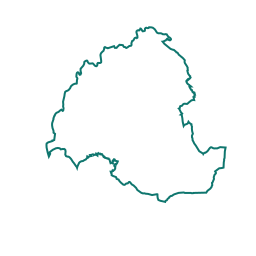 the district of Yahualica, Hidalgo, Mexico, rotated 159°
{"feature_id": "50627088B30826569642234", "entity_name": "Yahualica", "entity_type": "district", "adm_level": 2, "iso_a3": "MEX", "parent_name": "Mexico", "parent_adm1": "Hidalgo", "projection": "robinson", "projection_center": [-98.388, 20.92], "detail": "fine", "context": "isolated", "style": "outline", "palette": "teal", "viewbox_px": 256, "rotation_deg": 159, "n_neighbors": 0, "source": "geoboundaries", "source_scale": "gbopen_adm2", "svg_char_len": 5790}
<svg xmlns="http://www.w3.org/2000/svg" viewBox="0 0 256 256"><g transform="rotate(159 128 128)"><path d="M53.0,56.8L50.9,61.6L49.7,63.6L49.5,64.4L48.6,65.4L46.0,71.4L43.9,74.8L48.8,77.1L52.0,77.0L53.5,77.6L54.3,77.8L55.6,78.5L56.9,80.0L57.5,80.3L58.5,80.1L60.1,79.2L61.5,78.2L62.9,77.6L63.7,77.3L64.5,77.4L64.8,77.2L65.3,77.4L65.8,77.4L66.6,77.1L67.0,76.8L67.0,77.1L69.8,80.8L71.0,87.3L71.7,89.8L71.9,92.5L72.1,93.2L71.5,95.4L71.6,96.3L71.3,97.2L71.0,98.0L69.5,99.4L69.3,101.6L69.1,102.7L68.4,105.1L67.8,106.2L67.8,108.2L67.4,108.7L68.7,110.5L69.1,111.1L69.2,111.9L69.3,112.2L70.5,110.9L71.3,110.7L73.7,110.7L74.3,110.6L74.9,110.3L75.3,110.0L74.7,114.2L73.8,117.5L73.2,120.7L73.3,121.2L73.8,121.5L72.3,122.0L73.0,123.9L73.3,127.4L73.5,127.9L72.7,127.9L71.9,129.1L71.3,129.7L69.8,129.4L68.0,130.4L67.1,130.5L66.5,130.4L64.2,129.3L63.1,129.6L62.2,130.0L58.8,131.1L56.7,130.7L56.2,130.4L55.8,133.4L54.6,133.2L54.3,134.9L53.6,135.8L53.5,135.7L53.3,137.3L53.9,137.9L54.2,137.9L54.4,137.7L54.9,138.7L54.7,140.4L55.3,140.8L55.7,142.8L55.9,144.7L55.8,144.8L54.3,144.2L54.6,144.8L55.3,145.7L55.4,146.2L55.8,146.7L56.5,147.9L56.8,149.0L56.9,150.3L56.8,150.6L56.5,150.7L56.5,151.1L54.8,152.0L54.5,152.1L54.5,151.4L52.4,152.1L51.5,152.7L51.7,153.6L51.4,154.1L51.8,154.8L52.4,157.1L52.1,160.2L51.4,160.5L51.2,161.9L50.7,162.7L50.8,164.4L51.6,168.2L51.6,168.9L51.3,169.9L50.7,170.9L51.6,173.4L54.4,178.4L54.6,180.0L55.1,180.9L55.7,181.2L55.9,182.1L57.2,184.5L58.2,185.1L59.9,186.6L63.9,193.6L64.7,196.2L63.6,195.9L62.9,196.3L61.5,196.2L59.5,197.3L59.1,197.3L58.9,197.2L58.9,196.9L59.4,196.6L59.3,196.3L58.2,195.5L57.8,195.0L57.2,194.8L56.2,195.2L56.1,195.6L56.3,196.1L56.1,196.3L56.6,197.4L57.3,198.2L57.7,199.0L58.2,200.8L58.2,201.4L59.1,202.1L60.2,202.3L61.8,203.0L62.9,204.3L63.9,204.9L65.8,205.6L66.8,206.7L67.4,209.6L67.7,210.7L68.9,212.7L70.0,213.5L72.2,214.5L72.6,214.1L73.2,214.0L74.1,214.3L75.1,215.1L75.7,215.1L76.6,214.6L77.4,212.8L78.3,212.7L79.6,213.0L80.0,214.1L80.0,214.9L80.4,216.1L80.8,216.4L81.8,215.5L82.3,215.2L82.8,215.1L83.3,215.6L84.3,215.7L85.4,215.2L85.9,214.1L86.2,210.7L86.8,209.0L87.5,208.8L87.6,209.1L88.6,209.6L89.6,209.5L91.7,207.8L93.0,207.7L94.5,205.8L94.7,204.9L95.0,204.2L95.8,203.7L97.3,204.1L99.4,203.5L100.8,203.3L101.1,203.5L101.6,204.5L102.7,205.1L103.0,205.8L103.0,207.0L104.1,207.8L105.0,208.0L105.7,208.6L106.2,208.7L107.9,207.9L108.7,207.7L109.4,207.2L110.0,206.9L111.5,207.5L111.7,209.4L118.2,209.7L118.3,209.9L119.6,210.7L120.5,211.8L121.3,211.6L122.2,210.0L123.3,208.8L124.3,208.5L125.8,207.8L126.6,207.3L127.6,206.0L129.0,200.1L129.6,198.9L130.4,198.7L131.1,198.8L132.6,199.5L132.9,199.5L133.7,198.9L133.8,198.2L134.4,197.4L135.2,197.0L136.2,197.5L136.7,198.4L137.4,200.3L137.8,201.0L140.7,201.8L141.4,202.4L141.9,203.9L141.9,205.2L142.2,205.7L142.9,205.8L144.1,205.7L145.1,205.3L145.9,203.6L147.4,202.2L151.0,200.3L151.8,198.4L152.1,196.0L153.2,194.9L154.0,195.0L154.3,195.9L154.1,196.7L154.3,197.4L154.9,198.0L155.2,198.0L155.8,197.8L156.4,197.2L157.2,195.8L157.4,195.2L157.7,194.8L157.8,194.0L157.5,193.0L157.5,192.5L157.7,192.0L158.4,191.2L159.9,187.9L160.4,187.9L160.7,188.1L162.2,188.4L164.2,188.2L166.3,187.4L167.8,185.9L169.5,184.9L170.5,184.6L171.5,184.5L172.2,184.6L173.6,184.3L174.8,182.7L176.0,180.5L179.2,175.8L180.1,172.8L180.8,171.6L181.1,169.5L182.1,167.7L182.5,167.4L182.9,167.4L183.7,169.0L185.4,168.6L186.5,168.1L187.3,167.9L189.4,167.8L191.1,166.9L191.8,166.0L192.4,165.5L192.5,165.6L194.2,163.7L194.2,163.2L197.0,159.8L197.5,158.8L198.0,157.4L198.5,154.9L198.5,153.1L198.6,151.8L199.2,150.3L198.2,148.7L201.2,143.2L203.1,143.4L203.2,142.9L207.6,143.2L209.5,142.7L210.2,141.4L211.0,138.9L211.8,133.7L212.1,129.7L209.9,131.8L210.0,133.4L206.1,134.6L202.6,134.9L200.6,134.5L199.0,133.5L198.5,132.2L197.7,132.0L196.9,132.0L196.3,131.6L195.2,131.4L194.4,130.3L194.6,128.7L196.1,125.6L195.9,123.9L194.7,122.9L194.2,122.8L193.5,122.2L192.8,121.0L192.2,119.3L191.6,116.2L191.1,114.8L190.2,111.1L189.8,109.9L189.8,109.1L189.1,110.1L186.0,113.1L185.3,113.4L183.5,113.7L181.9,113.3L180.1,113.7L178.7,113.7L177.4,114.5L176.3,114.6L176.4,115.8L176.2,116.1L175.3,114.9L174.3,115.4L172.4,115.0L172.8,116.3L172.1,116.1L170.1,116.0L169.5,115.4L169.6,114.9L168.4,115.0L168.0,114.9L167.9,114.6L167.5,114.4L167.4,114.9L167.0,115.4L166.8,115.0L166.4,115.0L166.9,114.0L166.4,113.2L165.6,114.9L164.9,115.1L164.9,114.7L163.9,114.2L163.3,114.2L163.1,113.9L163.2,113.6L162.4,113.3L162.7,113.0L161.5,112.4L161.4,111.3L160.8,110.4L161.1,110.4L160.9,109.8L161.0,109.6L160.3,109.2L160.4,108.6L158.1,107.1L158.4,107.0L156.6,105.5L156.9,101.4L155.4,101.5L155.1,100.5L154.8,100.4L155.0,101.7L154.3,101.7L153.7,102.3L153.9,103.0L153.3,103.3L152.8,103.0L152.2,103.8L151.8,103.5L151.6,102.4L151.8,102.1L149.5,100.5L150.6,99.3L152.3,98.1L152.8,98.9L154.0,98.3L154.4,97.6L154.3,97.2L153.7,96.3L154.2,95.6L154.5,94.7L155.6,93.8L156.3,93.7L157.2,93.2L157.7,93.5L157.8,93.8L158.7,92.9L159.8,93.4L159.9,91.5L159.7,91.0L160.2,89.8L159.2,88.6L156.8,86.5L156.7,85.3L156.9,84.8L156.7,84.4L155.3,83.3L155.0,81.5L154.2,79.5L152.7,76.8L151.7,76.2L151.2,76.2L149.5,76.8L148.1,76.4L146.5,77.2L145.9,77.1L145.5,76.6L144.7,74.0L143.4,72.4L141.9,69.2L141.5,66.8L138.8,62.7L137.5,61.6L136.0,61.1L135.0,60.3L132.9,59.3L129.6,56.8L124.6,55.8L124.3,55.5L125.1,53.2L125.4,51.7L125.4,49.9L123.8,48.4L119.8,45.7L119.4,46.3L118.6,46.6L117.8,46.6L117.2,46.9L116.5,47.6L114.6,48.2L114.5,48.5L113.6,48.9L112.2,49.2L111.5,48.9L110.1,49.2L109.7,49.4L108.4,49.5L104.0,49.3L99.0,47.8L98.2,47.0L92.5,44.8L91.7,44.2L90.3,43.8L90.1,43.9L78.1,39.6L76.3,40.9L72.9,41.9L71.1,43.0L70.7,43.7L69.9,44.3L69.5,45.5L69.4,46.2L69.2,46.7L68.7,46.8L66.0,49.6L65.6,51.3L65.0,52.1L64.6,52.5L64.1,53.2L62.3,54.1L62.0,54.6L62.2,56.3L57.3,57.7L54.7,57.0L53.0,56.8Z" fill="none" stroke="#0f766e" stroke-width="2"/></g></svg>